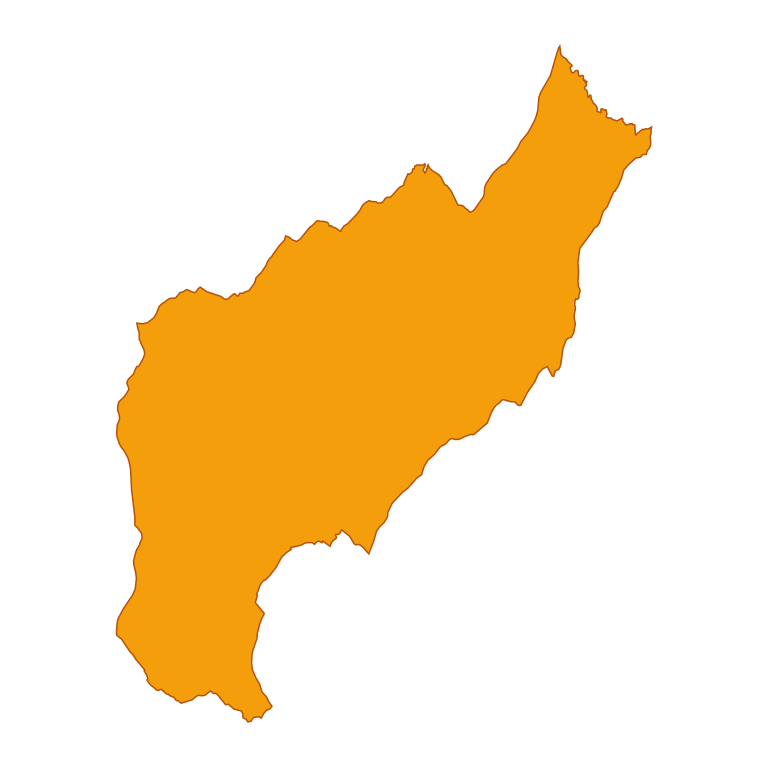 Ventaquemada, Boyacá, Colombia (Equal Earth projection)
{"feature_id": "7082276B51013712707361", "entity_name": "Ventaquemada", "entity_type": "district", "adm_level": 2, "iso_a3": "COL", "parent_name": "Colombia", "parent_adm1": "Boyacá", "projection": "equal_earth", "projection_center": [-73.509, 5.383], "detail": "fine", "context": "isolated", "style": "filled", "palette": "amber", "viewbox_px": 768, "rotation_deg": 0, "n_neighbors": 0, "source": "geoboundaries", "source_scale": "gbopen_adm2", "svg_char_len": 6074}
<svg xmlns="http://www.w3.org/2000/svg" viewBox="0 0 768 768"><path d="M577.9,262.4L579.8,248.4L591.9,232.1L594.2,228.2L597.5,226.0L599.4,223.0L603.2,211.3L606.9,207.2L613.2,192.9L614.0,191.5L615.1,191.2L616.7,188.1L617.5,187.5L621.4,178.4L623.8,170.0L628.8,164.4L635.7,158.1L640.3,157.2L642.9,154.5L646.3,154.4L647.2,150.8L649.6,147.9L650.6,144.8L650.7,142.0L650.1,136.3L651.1,133.8L651.0,130.3L651.6,127.0L648.0,129.1L645.7,128.7L644.4,129.5L642.6,129.3L637.2,133.5L636.0,135.1L635.4,134.2L634.7,124.9L632.7,124.6L632.1,123.6L631.1,124.1L630.4,123.6L628.0,124.7L626.0,124.9L622.8,121.3L622.9,119.2L622.0,118.2L617.1,120.9L612.3,119.4L611.2,118.1L607.4,117.7L606.3,116.7L606.9,113.9L606.2,110.2L605.8,109.8L603.9,109.9L602.7,109.0L601.4,108.8L600.8,109.7L601.1,111.8L600.8,112.6L597.0,111.4L597.1,108.6L596.7,106.6L595.1,104.5L593.0,102.7L592.6,101.1L591.4,99.5L590.8,95.3L589.8,95.3L588.8,97.3L588.1,97.0L587.7,96.5L587.6,93.4L586.9,90.7L584.6,88.7L584.6,87.2L586.4,85.6L586.5,84.7L585.8,83.6L586.9,82.1L586.8,81.4L586.1,81.3L585.2,82.0L584.9,81.7L584.9,80.0L583.6,80.4L583.3,79.9L583.5,76.6L583.1,75.8L582.0,75.3L580.4,76.2L578.6,75.6L578.3,71.6L577.9,70.8L577.0,70.4L575.5,70.7L573.2,73.0L571.6,72.3L570.5,69.4L570.2,67.5L571.9,66.2L572.1,65.4L568.0,61.6L566.3,58.9L562.6,56.7L560.8,54.4L559.8,46.1L558.8,47.6L556.8,53.5L550.4,75.6L540.8,92.2L538.9,97.2L537.8,110.2L536.2,116.3L534.8,120.1L530.1,129.0L527.4,133.5L520.8,141.5L517.6,147.9L514.7,152.1L505.8,163.6L502.1,165.2L497.3,168.9L492.9,173.3L486.3,183.3L484.9,186.8L484.3,191.0L484.3,193.9L483.1,197.2L474.6,209.3L472.7,211.2L469.8,212.3L468.2,210.2L464.9,208.0L463.8,206.5L462.2,205.5L457.9,205.0L451.1,190.9L447.1,185.8L444.6,184.5L440.9,176.9L439.0,174.9L432.5,170.7L430.6,169.0L429.2,167.4L428.1,164.8L427.2,166.6L427.4,168.3L426.4,168.9L426.7,169.4L426.4,170.5L424.9,172.9L423.3,170.6L423.6,168.6L425.1,166.0L425.1,164.2L424.6,163.8L423.0,165.1L416.9,165.0L414.9,166.1L414.2,168.7L412.7,169.1L412.0,172.2L409.1,174.4L408.0,173.8L404.2,182.2L403.8,185.0L402.0,186.3L400.8,186.4L398.3,188.5L391.4,196.3L390.3,197.2L387.3,197.2L385.2,198.4L383.1,201.7L381.4,202.9L377.8,203.1L376.2,201.8L371.1,201.4L369.2,200.6L365.7,202.5L362.6,205.2L360.1,209.9L357.1,213.9L347.8,223.6L344.1,225.9L341.5,229.4L340.7,231.1L340.2,231.2L335.8,228.1L332.0,226.7L331.5,225.8L329.1,226.0L328.3,223.4L327.6,222.5L323.4,221.3L321.0,221.4L317.4,220.7L316.5,221.1L312.3,225.6L309.8,227.2L300.1,239.2L296.7,241.4L292.5,240.0L289.2,237.3L285.6,235.9L284.5,240.1L279.0,246.0L271.4,256.8L269.3,258.9L267.0,262.8L266.3,265.0L262.0,271.5L260.6,273.5L259.4,274.2L255.8,278.2L255.7,279.6L254.3,283.5L249.2,290.3L246.9,291.5L244.9,291.9L243.1,293.2L239.8,293.3L238.1,296.0L236.4,295.6L235.5,294.2L234.7,293.7L233.4,294.1L227.8,298.9L225.8,299.4L224.3,299.0L221.0,296.4L206.7,291.7L200.2,287.1L197.9,289.0L195.9,292.0L194.6,292.5L192.9,292.2L187.0,289.6L185.9,289.9L183.4,291.7L180.1,292.5L176.4,297.1L174.7,298.1L170.3,298.3L167.6,299.6L164.5,302.3L162.4,303.3L159.2,306.4L156.6,313.1L153.8,317.8L147.4,322.7L142.3,323.8L136.8,323.1L138.1,329.5L139.1,332.0L139.3,339.8L140.5,341.4L141.0,343.4L143.8,349.4L144.5,351.7L144.6,354.3L143.4,357.9L139.2,365.6L138.3,366.5L137.0,366.4L135.6,368.7L133.4,374.2L128.4,379.2L127.1,381.5L126.9,383.5L128.5,387.6L128.8,389.5L126.5,393.5L124.1,396.8L118.7,402.0L117.6,407.5L117.8,410.6L119.3,415.4L119.6,419.4L117.3,424.8L116.7,433.5L117.1,437.0L119.4,443.9L121.6,447.7L124.6,451.5L127.9,457.8L129.3,462.6L130.6,469.4L131.5,488.6L134.9,517.7L134.8,525.1L137.9,528.3L141.4,533.2L142.2,536.7L141.8,538.9L139.9,543.1L139.6,544.9L137.0,549.0L135.9,551.7L133.6,560.8L133.7,564.2L135.7,572.5L136.4,578.2L135.3,588.7L132.7,594.9L123.1,609.2L118.7,617.5L117.6,620.3L117.1,623.4L116.4,633.2L116.9,635.5L121.7,639.3L129.9,651.6L133.1,654.9L136.0,659.6L144.7,669.9L144.1,670.8L146.8,675.3L147.8,678.9L146.9,680.0L150.5,685.1L154.2,687.8L156.3,689.9L158.3,690.4L160.4,689.4L161.7,689.6L166.2,693.8L167.8,694.1L170.2,695.9L173.7,697.2L176.2,700.4L178.6,701.1L181.2,703.2L192.2,699.8L195.5,696.9L198.4,695.3L202.3,695.8L205.1,695.2L210.5,691.0L213.4,693.5L215.7,693.3L217.3,694.4L225.5,704.6L228.6,704.4L234.1,709.2L241.1,710.9L242.9,713.8L242.9,717.2L243.4,718.2L246.1,719.2L247.4,721.5L248.0,721.9L251.3,721.1L252.2,719.1L253.7,717.5L259.2,716.7L260.7,718.0L261.4,718.0L263.5,713.8L265.9,711.0L266.8,710.1L269.9,708.9L272.0,706.3L268.6,701.5L266.3,696.5L264.7,695.2L261.9,691.7L259.6,684.0L255.7,677.5L252.3,669.4L251.6,663.2L251.9,655.5L252.8,650.7L256.9,638.7L257.4,632.8L259.8,623.9L261.6,618.9L264.3,613.5L255.3,602.6L257.1,596.7L257.2,594.9L256.6,594.5L256.7,594.0L258.2,590.7L259.7,586.1L261.7,582.6L263.8,580.4L264.4,580.5L266.1,579.3L269.2,576.2L275.8,567.8L281.8,557.0L286.4,552.6L291.3,549.3L290.5,547.9L290.8,547.6L301.0,545.2L305.3,542.9L311.9,542.5L314.6,544.4L316.2,542.2L317.4,541.5L319.1,541.3L322.0,542.7L322.6,541.0L330.1,546.3L331.4,542.8L333.4,540.4L336.4,538.1L336.3,536.8L335.5,535.5L335.8,534.5L338.4,534.5L340.0,533.1L341.6,529.9L349.6,536.2L354.3,544.0L355.7,544.8L358.5,544.5L360.2,545.0L363.3,547.6L368.8,553.9L374.1,540.0L376.0,532.9L377.0,530.5L379.8,526.7L384.2,522.4L386.8,518.1L387.7,516.0L387.8,512.6L391.8,504.0L393.1,502.2L402.6,492.2L407.8,488.2L416.7,478.1L421.6,474.7L423.9,467.0L427.7,460.4L434.7,454.1L440.0,447.0L445.6,443.9L449.8,439.2L452.4,438.6L455.2,439.5L459.1,439.3L465.3,436.3L471.4,434.3L472.4,434.7L474.0,434.4L487.3,423.0L491.1,413.2L493.4,408.8L496.2,405.1L499.6,402.7L501.6,400.3L503.5,399.6L510.1,401.6L514.9,401.9L517.7,405.0L519.8,405.6L521.0,405.0L527.5,392.3L534.9,381.6L538.4,373.5L542.3,369.2L547.2,366.5L552.2,376.0L553.2,376.4L553.9,376.1L554.3,373.3L555.0,372.7L555.1,370.9L558.6,369.4L560.0,366.8L560.8,364.0L563.0,348.5L565.4,341.8L566.4,339.8L567.7,338.5L571.5,337.0L573.8,332.5L575.3,323.9L574.2,317.8L574.2,315.2L575.4,308.8L575.2,306.4L574.7,305.0L575.0,300.8L575.7,298.9L577.2,299.4L578.7,298.2L579.1,294.0L580.0,292.0L579.9,289.4L578.3,286.3L578.4,283.8L577.9,281.7L578.6,271.8L577.9,262.4Z" fill="#f59e0b" stroke="#b45309" stroke-width="1.5"/></svg>